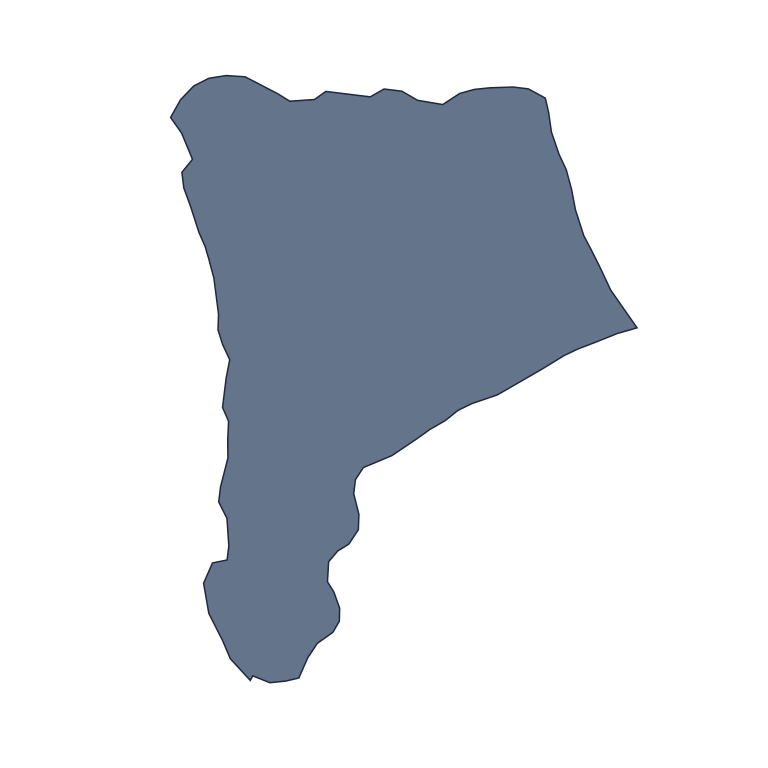 outline of Agios Amvrosios Keryneias, Cyprus, rotated 277°
{"feature_id": "46923920B46036306691539", "entity_name": "Agios Amvrosios Keryneias", "entity_type": "district", "adm_level": 2, "iso_a3": "CYP", "parent_name": "Cyprus", "parent_adm1": "", "projection": "equal_earth", "projection_center": [33.571, 35.33], "detail": "fine", "context": "isolated", "style": "filled", "palette": "slate", "viewbox_px": 768, "rotation_deg": 277, "n_neighbors": 0, "source": "geoboundaries", "source_scale": "gbopen_adm2", "svg_char_len": 1317}
<svg xmlns="http://www.w3.org/2000/svg" viewBox="0 0 768 768"><g transform="rotate(277 384 384)"><path d="M470.6,628.3L492.1,609.0L504.8,597.6L527.2,583.5L542.5,573.3L555.4,564.3L580.2,552.8L600.2,546.4L619.1,538.7L633.2,529.8L654.4,519.5L673.3,514.4L687.4,509.3L694.5,491.4L694.5,476.0L690.9,453.0L687.4,437.7L681.5,423.6L668.5,408.2L669.7,382.7L676.8,366.0L676.8,348.1L667.3,335.3L667.3,308.5L667.3,290.6L657.9,280.3L653.2,256.0L659.1,243.3L672.0,208.7L670.9,189.6L666.1,172.9L656.7,158.9L641.4,147.4L622.5,139.7L608.4,152.5L583.7,166.5L569.5,157.6L554.2,161.4L536.6,170.4L511.8,181.9L498.9,189.6L487.1,194.7L468.2,202.3L432.9,211.3L417.6,212.6L403.5,219.0L389.3,227.9L370.5,226.6L341.0,226.6L328.1,234.3L310.4,235.6L291.5,238.1L262.1,234.3L246.8,234.3L231.5,244.5L204.4,249.7L190.2,249.7L185.5,235.6L164.3,229.2L134.9,238.1L110.1,254.8L92.5,265.0L73.5,287.4L78.3,289.3L73.6,307.2L77.1,322.5L81.8,335.3L103.0,341.7L118.4,349.4L131.3,363.5L143.1,368.6L156.1,367.3L171.4,359.6L180.8,352.0L200.8,350.7L212.6,358.4L220.8,368.6L236.2,376.3L251.5,375.0L271.5,367.3L285.6,367.3L298.6,373.7L313.9,400.6L333.9,423.6L344.5,435.1L355.1,449.2L366.9,460.7L375.2,473.5L387.0,497.8L397.6,511.9L418.8,540.0L434.1,559.2L442.3,572.0L451.8,589.9L462.4,609.1L470.6,628.3Z" fill="#64748b" stroke="#1e293b" stroke-width="1.5"/></g></svg>